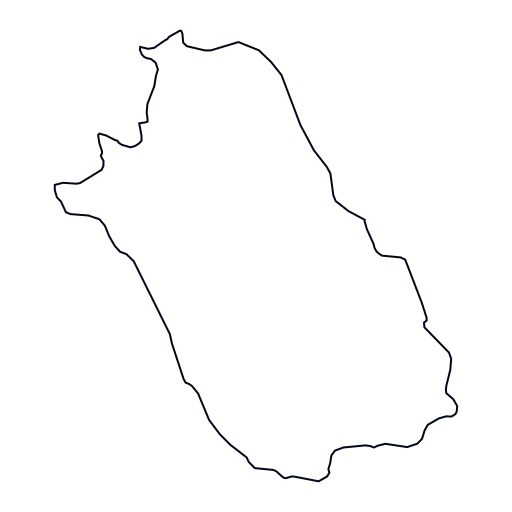 SVG path tracing the border of Fars
{"feature_id": "IRN-3212", "entity_name": "Fars", "entity_type": "Province", "adm_level": 1, "iso_a3": "IRN", "parent_name": "Iran", "parent_adm1": "", "projection": "natural_earth1", "projection_center": [52.93, 29.426], "detail": "fine", "context": "isolated", "style": "outline", "palette": "ink", "viewbox_px": 512, "rotation_deg": 0, "n_neighbors": 0, "source": "natural_earth", "source_scale": "10m", "svg_char_len": 1860}
<svg xmlns="http://www.w3.org/2000/svg" viewBox="0 0 512 512"><path d="M179.8,30.7L181.2,30.9L182.4,33.6L183.2,42.7L186.9,46.2L204.8,50.4L210.8,50.4L238.3,42.1L238.5,42.1L258.9,50.3L271.1,62.0L281.5,75.1L300.4,125.0L313.9,150.3L326.8,166.9L330.4,173.5L333.3,195.1L335.6,201.0L348.3,211.0L364.7,219.8L364.7,221.7L367.0,229.5L373.6,244.0L374.5,247.8L376.3,251.1L378.3,253.2L381.9,255.6L400.5,257.4L405.2,259.6L421.8,302.8L426.6,317.8L426.6,320.6L424.0,322.6L424.4,327.3L449.0,352.6L451.2,358.8L450.3,369.8L446.3,385.9L445.9,390.0L446.3,393.2L453.3,399.2L457.2,406.0L456.7,411.6L455.4,414.0L453.5,415.4L451.0,416.6L446.3,416.3L438.9,418.4L427.8,424.8L424.7,430.2L422.0,438.9L417.3,443.7L407.2,447.1L385.4,443.8L378.0,445.6L373.9,447.5L370.1,446.0L365.1,445.4L343.4,447.5L335.0,450.6L331.4,455.4L330.2,463.2L328.5,468.6L328.5,469.7L329.4,472.6L327.2,476.4L318.7,481.3L293.7,476.5L291.6,476.5L285.7,478.2L284.3,477.9L282.9,477.2L276.0,471.1L273.0,469.9L254.8,468.1L248.8,462.0L246.6,457.4L230.3,444.8L219.8,434.2L209.1,420.0L198.1,393.5L191.9,385.9L189.2,384.1L185.6,382.6L183.6,379.0L171.8,343.1L169.9,334.2L133.7,261.2L126.5,254.2L120.0,251.7L114.8,245.9L109.2,236.3L104.9,225.7L99.5,219.3L88.4,215.5L70.5,214.1L65.9,212.2L61.0,201.6L56.9,197.3L54.8,190.2L54.8,185.2L54.8,184.9L63.0,182.8L76.5,183.7L80.0,183.1L101.6,169.8L103.4,166.0L103.5,160.9L101.5,157.4L100.9,155.3L102.1,153.2L101.9,150.9L99.4,143.4L98.1,135.1L99.3,133.6L105.9,135.4L115.1,140.1L117.2,140.6L119.0,143.0L122.0,144.9L130.5,147.3L135.0,146.0L139.0,143.5L141.1,141.3L141.5,140.4L141.5,135.7L139.2,123.3L145.3,122.4L147.6,121.6L147.5,118.4L146.7,112.6L147.4,104.0L154.3,86.2L155.9,76.1L157.9,69.4L155.6,62.7L151.0,59.0L147.4,58.3L144.3,57.1L141.8,54.4L139.9,49.8L140.2,46.9L148.0,48.8L154.1,47.9L165.0,40.3L167.3,39.2L168.8,37.0L179.8,30.7Z" fill="none" stroke="#020617" stroke-width="2"/></svg>